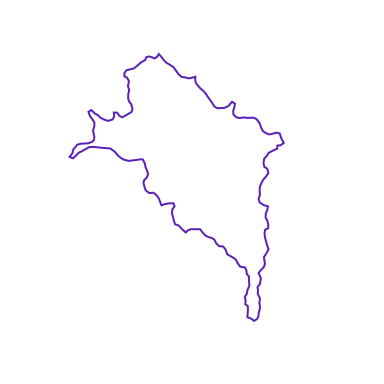 the district of Aricanduva, Minas Gerais, Brazil, rotated 160°
{"feature_id": "56859067B1049377795144", "entity_name": "Aricanduva", "entity_type": "district", "adm_level": 2, "iso_a3": "BRA", "parent_name": "Brazil", "parent_adm1": "Minas Gerais", "projection": "albers", "projection_center": [-42.597, -17.855], "detail": "fine", "context": "isolated", "style": "outline", "palette": "violet", "viewbox_px": 384, "rotation_deg": 160, "n_neighbors": 0, "source": "geoboundaries", "source_scale": "gbopen_adm2", "svg_char_len": 3016}
<svg xmlns="http://www.w3.org/2000/svg" viewBox="0 0 384 384"><g transform="rotate(160 192 192)"><path d="M182.8,55.5L179.4,52.4L177.9,49.7L174.5,50.3L172.1,52.4L170.7,55.6L168.3,58.7L167.2,61.6L166.6,64.7L164.5,68.8L165.1,73.8L163.6,77.0L163.0,80.1L159.5,82.5L156.8,87.4L157.1,93.1L154.1,95.0L150.3,96.8L148.0,99.5L147.3,103.2L146.8,106.1L142.6,109.3L139.7,112.0L139.6,116.3L139.2,121.8L138.7,125.7L137.8,128.8L136.1,131.6L132.7,131.9L131.4,135.7L131.0,139.5L131.6,142.6L130.1,146.4L127.4,149.4L125.6,152.6L129.2,155.2L132.0,159.1L131.7,163.0L129.2,165.9L127.7,170.8L126.3,173.9L123.8,176.5L120.9,179.2L117.5,181.0L113.8,183.6L113.3,188.1L115.4,190.9L115.0,194.5L112.9,198.5L109.4,200.4L106.7,202.5L102.6,203.1L97.0,203.6L96.0,206.4L92.6,205.7L89.0,206.7L89.7,211.7L89.6,217.0L92.1,218.8L95.3,219.1L99.6,219.6L102.5,222.1L104.6,225.2L105.0,228.3L104.9,231.7L105.3,235.1L106.5,238.6L108.7,240.7L111.8,241.8L114.5,242.6L117.4,244.2L122.2,245.3L124.9,247.2L126.6,250.7L125.5,254.2L123.2,257.2L121.4,260.3L123.5,263.1L128.2,260.4L132.3,259.9L135.9,260.9L139.7,262.1L141.9,265.1L142.7,269.4L143.7,272.9L144.5,275.8L145.3,279.2L146.6,282.9L148.8,286.7L150.0,289.7L151.0,292.8L150.7,296.2L149.4,299.1L153.0,299.4L156.3,299.9L159.2,302.0L162.2,303.5L164.4,307.3L165.5,311.4L166.9,316.0L169.3,319.1L171.8,322.2L173.4,325.6L174.6,329.6L176.0,333.0L178.6,331.0L181.5,330.3L183.7,332.4L186.0,334.1L188.9,334.3L190.9,332.0L195.1,331.4L199.7,329.6L204.3,328.0L208.7,328.5L212.0,328.8L214.8,326.9L216.0,323.8L213.9,321.7L213.3,317.6L215.9,313.6L216.2,309.2L218.4,305.8L220.0,301.8L220.1,298.2L219.1,295.4L219.5,290.5L221.3,287.9L224.3,287.3L228.7,286.5L232.1,286.1L234.1,288.3L235.2,292.1L238.3,293.4L239.2,289.7L241.9,287.3L246.5,287.5L250.3,290.5L252.9,293.6L254.1,296.4L256.5,299.1L258.6,303.5L261.9,302.7L261.9,298.3L260.6,294.0L260.0,290.4L261.6,286.7L263.9,283.8L264.4,280.8L264.8,277.4L266.4,274.4L268.9,273.2L273.3,273.4L277.0,274.5L280.4,275.5L283.7,275.7L286.1,274.1L289.0,272.6L291.0,269.5L295.0,266.8L292.4,264.4L288.6,265.9L284.9,267.7L281.7,267.9L278.6,268.5L273.3,269.3L270.0,268.4L267.4,267.2L264.7,265.9L260.8,264.0L257.0,262.3L253.7,260.7L250.8,256.2L248.9,251.2L247.1,248.1L244.5,245.3L240.8,242.9L236.3,241.8L232.7,241.0L229.8,240.5L227.1,239.5L226.6,235.1L227.2,230.9L226.9,227.3L227.2,223.6L229.6,221.0L232.9,219.5L234.5,217.0L234.9,212.9L234.9,209.2L232.4,205.5L228.4,204.5L226.3,200.8L225.4,197.2L225.3,193.3L225.2,189.9L221.7,189.9L217.6,189.2L213.3,187.8L213.3,184.5L216.5,182.3L218.1,178.7L218.4,174.4L218.9,171.5L218.9,167.4L215.8,164.9L214.1,160.5L211.7,156.1L208.6,157.5L205.4,157.3L201.0,155.7L197.1,154.2L195.7,149.8L194.1,146.3L191.9,144.0L189.4,142.2L187.3,139.8L186.8,135.4L184.8,131.6L181.4,130.2L180.1,126.5L180.2,121.4L177.0,117.7L174.0,113.9L173.5,109.6L172.2,105.3L167.9,102.9L167.7,99.6L168.6,96.2L167.4,93.3L168.7,89.5L170.1,84.4L173.5,80.8L175.2,77.7L178.2,75.4L178.9,71.1L180.4,68.3L178.6,65.9L179.6,62.5L181.1,59.0L182.8,55.5Z" fill="none" stroke="#5b21b6" stroke-width="2"/></g></svg>